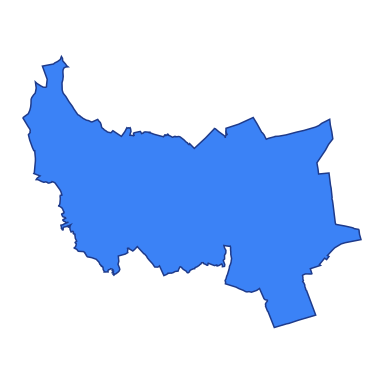 Husi, Vaslui, Romania (Mercator projection)
{"feature_id": "2599482B45032832471222", "entity_name": "Husi", "entity_type": "district", "adm_level": 2, "iso_a3": "ROU", "parent_name": "Romania", "parent_adm1": "Vaslui", "projection": "mercator", "projection_center": [28.068, 46.676], "detail": "fine", "context": "isolated", "style": "filled", "palette": "blue", "viewbox_px": 384, "rotation_deg": 0, "n_neighbors": 0, "source": "geoboundaries", "source_scale": "gbopen_adm2", "svg_char_len": 5905}
<svg xmlns="http://www.w3.org/2000/svg" viewBox="0 0 384 384"><path d="M113.9,275.2L114.7,274.2L115.7,273.9L118.2,272.0L119.2,270.9L119.8,269.4L119.4,267.8L118.0,264.3L118.8,261.3L118.3,256.0L125.2,254.1L127.8,252.6L127.5,251.5L127.8,249.3L127.5,248.3L127.7,248.2L128.2,248.4L128.7,248.2L128.8,248.6L132.8,251.0L134.5,249.6L137.3,246.6L143.9,253.8L144.5,253.9L146.7,256.4L147.2,257.6L149.1,260.0L152.6,263.8L154.7,267.0L157.5,267.1L158.5,266.8L159.5,265.9L163.9,275.6L166.9,274.3L167.9,273.3L168.0,273.5L169.8,273.1L171.6,273.1L173.4,272.5L175.0,271.5L178.1,271.1L178.7,269.3L179.8,267.1L180.3,266.7L181.7,267.5L182.0,268.1L183.3,269.4L186.0,271.0L187.3,272.7L188.1,272.8L189.5,271.8L189.9,270.5L191.3,269.7L193.3,268.8L194.7,268.7L195.0,267.7L195.3,267.5L197.2,266.7L199.4,265.2L199.9,264.5L200.8,264.1L201.6,262.7L203.3,262.7L203.7,263.6L206.0,264.5L206.4,265.0L207.4,265.3L207.9,265.0L208.0,263.7L208.2,263.2L214.5,265.6L216.8,265.0L217.1,266.0L218.9,265.5L221.6,263.9L221.9,264.0L222.3,265.0L222.4,266.7L224.5,266.4L224.8,264.6L223.4,260.9L223.3,260.2L224.6,259.0L224.5,255.4L225.0,254.2L225.5,253.8L225.8,252.8L225.9,250.3L224.6,248.1L223.9,245.5L229.2,246.3L230.2,246.1L230.6,247.3L230.6,250.2L230.8,251.8L230.8,254.4L231.6,258.6L231.2,260.9L231.1,262.1L230.3,264.7L229.5,266.2L229.3,268.2L227.4,274.7L226.7,276.1L226.0,278.9L225.2,280.3L225.1,280.9L225.6,281.8L225.4,283.8L236.0,287.1L239.1,288.7L243.2,290.3L245.6,291.6L246.9,291.9L249.1,291.6L251.5,292.2L256.7,290.4L259.5,288.5L264.0,298.7L265.1,299.7L267.4,300.2L267.4,301.1L266.3,302.4L265.4,304.1L265.6,304.4L265.7,305.7L265.5,306.1L267.5,311.1L268.0,311.5L274.3,327.5L286.4,323.9L288.9,323.4L298.1,320.3L315.7,315.1L306.5,290.4L305.7,289.7L305.6,288.5L304.9,286.9L304.7,284.7L303.7,282.7L302.7,281.6L303.4,280.6L302.9,279.2L302.9,277.2L302.5,275.5L303.3,274.8L305.5,273.9L311.3,274.0L311.9,273.7L310.3,268.7L320.5,265.4L319.4,264.5L324.6,258.2L326.6,259.6L329.0,256.5L327.4,255.5L332.6,249.9L334.7,247.8L341.2,243.9L345.2,242.7L361.0,239.6L359.5,234.3L359.0,230.1L358.6,229.4L354.2,228.6L353.3,228.0L351.6,227.5L344.9,226.0L335.9,224.4L335.3,223.0L332.9,203.4L332.4,200.2L331.9,199.0L332.1,197.5L331.1,188.1L330.5,185.2L329.0,173.0L318.6,174.0L318.0,169.0L316.9,162.8L325.5,150.1L328.5,144.5L332.8,138.9L331.8,132.0L330.3,124.9L329.7,119.3L321.6,123.4L319.0,125.5L315.4,127.1L304.1,130.4L296.6,132.1L286.1,134.9L278.7,136.2L275.1,136.4L275.0,136.6L268.5,138.3L266.3,139.2L265.1,137.1L264.2,135.1L262.5,132.9L261.7,132.3L257.0,123.7L253.2,117.5L238.6,124.2L226.0,128.3L226.0,131.2L226.2,132.4L227.4,135.2L225.9,133.0L226.0,135.2L225.4,136.3L225.3,137.9L224.9,136.3L223.6,135.2L218.9,131.8L215.4,128.8L214.4,128.5L214.3,128.8L205.6,137.9L194.3,148.4L189.6,143.6L189.0,144.6L188.1,143.9L187.4,142.8L186.4,142.3L183.4,139.3L183.0,139.2L181.5,137.9L180.9,137.6L180.7,137.3L179.7,136.7L178.3,136.5L176.8,136.8L175.2,136.4L175.0,136.8L174.3,136.5L172.6,137.3L169.3,135.5L168.1,135.3L168.0,134.9L168.2,134.4L167.6,134.1L166.1,135.5L165.4,135.5L165.2,134.8L164.9,134.8L163.5,136.8L154.2,134.3L150.2,132.8L150.1,132.2L149.9,132.1L149.1,132.7L148.6,132.2L145.2,131.9L144.1,132.1L143.9,132.5L143.1,132.9L143.0,133.2L141.6,133.6L140.4,131.5L140.0,131.5L134.4,132.7L133.5,133.2L133.7,134.5L134.1,135.4L133.4,135.8L132.3,135.4L129.9,135.3L130.4,133.0L131.0,131.6L130.6,128.9L130.1,127.7L129.4,128.1L128.6,127.8L127.7,128.2L126.9,127.7L124.8,131.7L121.4,136.4L112.9,130.7L111.0,132.7L110.6,132.7L107.6,132.1L105.9,130.8L104.2,129.8L103.4,128.8L102.5,128.3L101.8,127.5L101.5,126.7L101.1,124.6L100.3,122.5L98.9,121.1L97.7,119.4L92.4,121.8L91.2,121.9L88.6,120.6L86.5,120.2L82.9,118.3L81.6,117.2L80.4,116.5L79.8,115.7L78.0,114.8L77.4,114.1L73.7,108.7L72.4,106.4L68.9,101.6L65.9,96.6L63.5,93.6L63.0,92.7L62.2,90.1L62.0,82.8L62.8,79.9L63.2,76.5L62.9,71.8L63.1,69.7L64.0,67.9L65.7,67.0L68.0,66.8L66.6,65.7L65.6,64.1L62.7,60.8L62.5,58.3L61.4,56.5L60.3,59.5L57.6,61.5L54.8,62.9L53.5,64.0L42.4,66.1L47.2,79.3L46.5,85.4L46.5,86.8L45.5,87.3L43.3,87.2L40.8,85.9L36.9,83.4L35.4,82.0L36.2,88.0L35.5,91.9L35.1,93.3L33.6,94.9L31.8,97.5L31.1,99.3L31.0,103.8L30.6,107.2L29.8,110.3L28.3,113.7L23.3,117.4L23.0,118.1L28.2,126.7L29.9,129.2L30.3,130.7L30.0,131.8L30.2,132.5L28.4,134.7L29.7,140.0L32.4,147.5L33.7,150.4L33.9,150.7L34.7,150.7L35.4,158.2L35.4,161.0L34.3,172.7L33.8,173.5L40.0,175.9L37.1,178.2L36.2,179.6L38.1,179.7L41.4,181.4L43.9,182.3L45.8,181.8L46.2,182.1L47.2,182.3L47.8,182.9L48.8,183.1L51.8,182.2L52.0,181.6L53.4,182.0L55.0,182.9L59.9,189.7L60.9,191.6L61.8,194.6L61.8,195.2L60.3,195.3L60.1,196.3L60.3,198.8L59.9,203.5L59.6,204.6L59.0,205.7L58.1,205.8L59.8,206.4L61.8,207.8L62.9,209.5L63.1,210.4L64.0,211.9L64.0,212.4L63.6,212.8L63.7,213.2L63.3,213.5L62.5,213.5L61.7,214.0L61.7,214.5L62.4,216.1L63.0,216.8L65.4,217.6L65.7,218.2L62.9,219.7L62.9,220.3L63.6,221.1L65.1,221.7L66.0,222.5L66.7,222.6L68.5,222.1L64.2,223.9L63.0,224.7L60.9,225.2L61.4,227.1L61.4,228.4L61.9,228.6L62.1,229.6L62.9,230.0L63.1,229.7L63.2,227.9L64.1,227.0L66.1,226.7L67.7,226.0L67.8,226.6L68.3,227.1L69.1,227.2L68.9,225.9L69.1,225.6L70.7,224.8L70.3,225.4L69.8,227.3L70.1,229.6L71.1,232.0L72.7,231.3L73.0,231.4L73.5,232.2L73.2,233.1L73.3,233.6L73.6,233.9L74.8,234.0L75.0,234.5L74.9,235.6L75.2,236.8L75.2,237.7L75.3,238.3L76.7,241.2L75.2,242.3L75.1,242.7L76.2,243.7L76.3,244.2L75.6,246.7L74.2,247.8L74.2,248.1L76.7,249.3L78.1,251.1L78.7,251.3L83.5,251.6L84.9,252.7L84.8,253.0L86.0,254.7L86.3,255.5L87.4,256.8L91.9,257.7L96.3,259.3L97.9,261.1L98.5,261.5L99.3,262.8L99.8,264.2L100.3,264.6L101.1,265.9L101.3,266.1L101.6,265.8L102.3,266.8L102.7,266.8L103.0,267.5L103.2,269.6L104.2,271.3L104.1,272.0L107.9,271.9L108.1,271.9L108.0,270.6L108.5,269.8L109.8,269.5L110.6,268.7L112.1,269.1L112.9,269.7L112.2,270.7L112.8,271.0L113.1,270.8L113.6,271.1L113.4,271.6L112.3,272.7L112.7,272.8L113.2,272.6L113.3,272.8L113.7,273.4L113.0,274.2L113.9,275.2Z" fill="#3b82f6" stroke="#1e3a8a" stroke-width="1.5"/></svg>